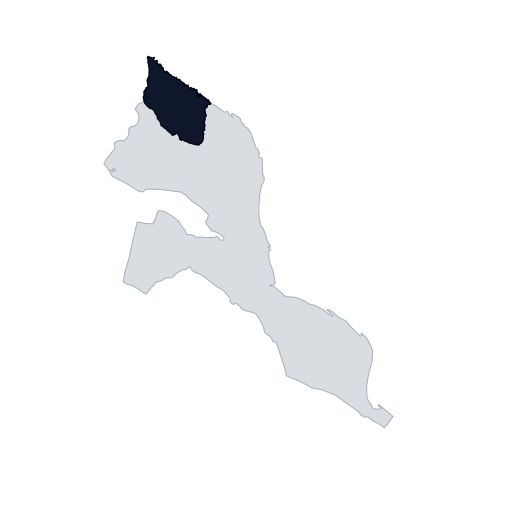 Mozambique, with Cabo Delgado highlighted, rotated 307°
{"feature_id": "MOZ-1198", "entity_name": "Cabo Delgado", "entity_type": "Province", "adm_level": 1, "iso_a3": "MOZ", "parent_name": "Mozambique", "parent_adm1": "", "projection": "equal_earth", "projection_center": [39.387, -12.31], "detail": "fine", "context": "in_parent", "style": "filled", "palette": "ink", "viewbox_px": 512, "rotation_deg": 307, "n_neighbors": 0, "source": "natural_earth", "source_scale": "10m", "svg_char_len": 9301}
<svg xmlns="http://www.w3.org/2000/svg" viewBox="0 0 512 512"><g transform="rotate(307 256 256)"><path d="M178.6,352.3L181.2,349.8L198.3,325.7L199.4,324.8L197.9,320.8L200.1,316.1L200.3,308.8L201.0,307.7L203.6,305.2L207.2,297.8L209.4,291.9L209.6,289.1L206.2,281.2L205.1,276.9L206.1,273.2L206.4,269.8L205.9,268.6L203.9,267.2L203.5,265.7L203.5,263.8L203.9,262.8L206.4,261.2L206.9,260.3L208.8,251.0L208.0,244.0L207.9,236.0L208.3,227.7L208.0,223.0L206.4,217.6L206.2,213.7L207.3,211.0L207.5,209.3L203.6,208.5L201.5,206.2L194.1,202.7L188.4,202.1L183.5,196.7L179.8,195.8L174.9,191.9L159.8,191.1L159.3,190.7L158.5,178.7L157.9,174.7L156.0,170.5L155.4,167.5L155.5,165.6L163.8,161.2L180.1,155.0L183.7,153.0L211.5,140.7L212.3,141.4L215.2,147.7L219.9,154.8L221.0,153.8L227.7,152.7L228.7,151.8L230.7,151.1L233.1,150.7L233.9,151.2L236.4,155.6L237.3,163.8L237.5,169.4L237.2,173.4L235.2,178.0L233.8,183.8L231.8,186.9L231.8,188.4L234.3,191.9L234.8,193.3L234.7,196.3L235.1,197.5L237.2,199.4L238.8,202.2L244.9,210.6L246.5,212.1L247.7,212.4L248.3,214.1L248.0,216.0L247.1,217.1L247.5,218.6L248.6,219.9L251.4,219.6L251.7,219.1L251.5,211.8L250.5,207.5L249.3,205.5L251.6,197.5L252.8,195.3L257.4,194.5L259.5,193.7L260.3,192.7L261.0,190.2L261.5,183.1L261.6,176.5L261.1,172.6L261.8,166.7L262.7,163.1L262.2,162.3L261.8,157.4L250.4,137.7L243.8,128.9L242.8,127.9L239.2,127.2L237.3,124.0L235.6,106.2L233.1,93.4L236.8,84.9L238.0,79.4L238.8,78.6L242.0,78.3L253.3,78.4L256.1,78.9L257.3,78.4L260.3,75.1L262.7,75.1L265.9,77.3L267.7,79.1L268.0,80.7L270.2,81.6L274.3,81.9L277.2,81.0L279.1,79.1L281.0,78.1L283.0,78.0L284.6,78.7L285.6,80.1L287.6,81.1L290.5,81.7L293.8,80.8L297.2,78.4L299.2,75.8L300.3,71.6L301.0,71.0L305.9,70.6L308.5,71.5L311.9,74.1L317.6,69.3L321.3,67.8L324.8,67.8L327.7,66.6L329.9,64.4L332.3,62.9L337.2,61.2L340.4,58.9L349.5,49.7L350.5,52.4L352.3,54.8L349.9,57.4L352.0,59.1L350.5,61.7L350.3,63.4L351.0,65.2L350.0,68.1L348.7,70.3L348.3,72.0L349.5,75.0L348.9,80.3L350.8,89.3L350.2,92.2L350.6,99.2L349.9,101.7L351.1,102.6L351.7,105.4L351.1,110.3L349.1,112.3L348.9,114.3L351.4,114.4L351.4,120.5L351.1,122.3L351.7,124.3L350.9,126.6L351.8,136.4L351.9,143.5L352.0,144.6L354.2,145.8L354.1,147.7L352.7,150.3L352.8,154.1L354.3,151.1L355.3,151.1L356.1,152.2L356.1,156.5L356.6,158.6L356.4,160.5L353.8,164.0L353.7,167.5L352.7,167.9L352.2,168.8L352.9,170.7L352.9,172.5L351.1,177.9L342.6,190.7L342.4,192.9L340.2,197.0L337.9,197.7L336.6,198.7L337.6,202.3L326.2,211.4L325.1,212.6L323.2,215.9L319.5,217.7L315.4,217.9L314.7,218.6L305.5,222.8L303.7,224.8L299.8,226.6L293.7,231.1L288.6,235.4L282.9,241.8L282.2,245.2L279.5,249.7L275.5,255.0L273.1,259.4L273.0,261.4L271.5,261.9L270.3,260.1L269.8,263.7L268.8,263.9L267.7,263.2L262.7,267.0L258.9,271.3L253.6,279.6L245.9,287.6L244.1,287.8L241.6,285.0L240.3,284.8L242.3,287.8L242.3,294.6L241.4,302.4L241.5,304.2L246.8,312.5L249.4,322.2L249.6,327.2L252.3,333.6L253.6,343.3L253.4,352.2L254.7,353.7L255.1,352.4L255.3,346.8L255.9,345.2L256.6,345.4L257.3,348.5L257.6,351.7L256.7,358.7L257.0,361.5L258.3,366.3L256.9,371.8L254.8,387.0L255.3,388.0L256.5,388.3L256.9,386.7L257.6,386.7L257.9,387.6L257.0,393.6L256.1,396.2L252.8,402.6L251.0,405.4L248.0,408.0L241.0,412.3L226.9,418.3L218.0,423.1L211.0,428.7L208.0,432.5L206.8,436.8L204.5,441.3L206.6,445.1L209.3,447.8L210.5,443.4L211.2,443.3L210.3,462.0L200.5,462.3L197.7,461.6L196.1,461.8L195.8,454.0L194.5,448.1L195.0,443.9L194.8,441.7L192.7,440.2L192.1,435.7L193.2,432.2L192.6,403.4L188.9,389.3L184.0,379.2L183.6,374.1L181.3,362.9L178.6,352.3ZM239.4,92.2L240.5,91.4L240.7,89.9L239.9,89.2L239.3,89.4L238.9,91.7L239.4,92.2ZM238.5,89.5L237.6,88.4L236.9,88.7L236.6,89.6L237.4,90.8L238.2,90.8L238.5,89.5Z" fill="#d9dde1" stroke="#a8b0b8" stroke-width="1"/><path d="M326.1,67.9L326.6,67.8L327.0,67.4L330.8,63.4L331.1,63.2L331.4,63.1L332.9,62.9L336.1,62.0L336.6,61.7L338.5,60.0L340.4,58.9L340.8,58.6L343.2,56.1L343.7,55.9L343.9,55.6L344.3,55.0L345.4,53.5L346.2,52.8L347.4,52.2L348.1,51.5L348.7,50.7L349.0,50.0L349.3,49.8L349.6,49.9L349.7,50.2L349.5,50.5L349.9,50.6L350.4,50.0L350.7,50.3L350.8,50.9L350.6,51.3L350.3,51.6L350.2,51.9L350.3,52.3L350.7,52.5L351.1,52.6L351.4,52.8L351.5,53.2L351.5,54.1L351.7,54.5L352.0,54.7L352.7,54.8L353.0,55.0L353.2,55.4L352.9,55.5L352.1,55.4L351.5,55.7L349.9,57.4L350.0,58.3L350.3,58.0L350.4,57.5L350.8,58.0L352.1,58.9L352.5,59.4L352.1,59.9L351.1,60.5L350.7,60.9L350.3,61.6L350.1,62.3L350.3,63.3L350.2,64.2L350.3,64.4L350.5,64.4L350.8,63.7L351.0,63.5L351.4,63.8L351.4,64.6L351.2,65.4L350.9,65.9L350.3,66.8L350.2,67.1L350.1,67.4L350.3,68.0L350.3,68.3L350.1,68.7L348.8,70.0L348.7,70.3L348.4,71.2L348.2,71.5L347.5,71.6L347.3,71.6L347.5,72.0L347.6,72.5L347.8,72.7L347.9,72.2L348.2,72.4L348.5,72.8L348.8,73.2L349.0,73.5L349.5,73.4L349.6,74.2L349.4,76.0L349.2,76.8L349.0,77.2L348.8,77.5L348.7,77.9L348.9,78.3L349.2,78.7L349.4,79.0L349.2,79.3L348.8,79.9L348.8,80.2L349.0,80.5L349.0,80.8L349.1,81.7L349.2,82.2L349.5,82.6L349.6,82.8L349.7,84.2L349.8,84.6L350.0,85.0L350.2,84.9L350.3,84.9L350.5,85.0L350.0,85.7L349.9,86.4L350.0,87.2L350.3,88.0L350.9,89.1L350.9,89.3L350.6,89.7L350.4,90.0L350.4,90.8L350.2,92.0L350.1,92.4L350.2,92.8L350.5,93.5L350.7,94.0L350.6,94.4L350.5,94.9L350.3,95.4L350.0,95.5L349.4,95.3L349.2,95.9L349.7,95.8L350.1,96.2L350.4,96.8L350.5,97.5L350.5,97.8L350.3,98.2L350.3,98.5L350.3,98.9L350.5,99.1L351.3,99.1L351.2,99.3L351.1,99.5L350.5,99.8L350.4,100.1L350.3,100.6L349.8,101.5L349.7,102.0L350.0,102.4L350.2,102.5L350.4,102.5L351.2,102.6L351.3,102.7L351.3,104.5L351.4,104.8L351.5,105.0L352.3,105.5L352.3,106.0L352.1,106.0L351.8,105.5L351.5,105.5L351.4,105.8L351.4,106.1L351.6,107.2L351.8,107.2L352.0,107.1L352.3,107.4L352.5,108.1L352.8,108.3L352.9,108.5L352.9,108.8L352.8,109.1L352.5,109.5L352.1,109.6L351.7,109.4L351.4,109.1L351.4,109.3L351.4,109.5L351.5,109.7L351.5,109.8L351.3,110.0L350.7,109.9L350.6,110.1L350.7,110.3L351.0,110.5L351.2,110.8L351.1,111.3L350.9,112.0L350.6,112.4L350.5,112.5L350.4,112.2L350.3,111.8L350.1,111.7L349.9,111.7L349.3,112.1L348.9,112.5L348.6,112.9L348.4,113.3L348.5,113.8L348.5,114.0L349.5,115.2L349.8,115.3L350.1,115.2L350.3,114.7L350.2,114.4L350.0,114.0L350.0,113.6L350.1,113.4L350.4,113.4L350.7,113.5L350.9,113.7L351.2,113.8L351.5,113.7L351.8,113.7L351.9,114.1L351.8,115.0L351.4,116.4L351.3,117.3L351.3,117.7L351.5,118.6L351.5,119.1L351.4,121.0L351.3,121.5L351.0,121.8L350.8,122.0L350.6,122.4L350.7,122.7L350.9,122.6L351.4,122.0L351.4,124.1L351.8,124.0L351.7,124.6L351.1,125.4L351.0,125.8L350.9,126.9L350.8,127.4L350.6,127.8L350.2,128.1L349.7,128.1L349.2,127.8L349.0,127.2L348.9,126.6L348.6,126.4L347.7,126.4L347.0,126.6L345.4,127.2L344.6,127.1L344.4,126.9L344.2,126.7L343.9,126.5L343.2,126.3L343.1,126.2L342.8,126.4L342.3,127.1L342.1,127.3L341.3,127.6L341.0,127.9L340.7,128.5L340.5,128.8L339.9,129.2L339.4,129.8L338.3,131.6L337.7,132.0L336.9,131.8L336.1,131.8L335.7,132.0L334.6,133.1L334.2,133.2L333.9,133.3L333.1,133.4L332.9,133.5L332.5,133.9L331.7,134.1L331.4,134.3L331.1,134.5L330.8,134.8L330.5,135.5L330.2,136.0L329.8,136.3L329.4,136.6L328.7,136.7L328.5,136.8L328.3,137.2L328.1,137.3L327.8,137.4L327.3,137.6L326.7,138.2L326.0,138.9L325.5,139.1L324.8,138.7L324.4,138.7L323.5,138.8L323.1,139.0L322.7,139.4L322.5,139.9L322.4,140.5L322.2,140.6L321.0,141.0L320.2,141.7L319.6,142.0L318.6,143.0L318.2,143.2L317.0,143.4L316.7,143.5L316.0,144.0L315.6,144.1L313.2,144.2L312.5,143.9L311.8,143.5L311.2,143.4L310.6,143.6L309.5,142.3L309.2,141.8L309.1,141.5L309.1,141.3L307.9,139.1L307.8,138.6L307.6,138.2L307.4,137.4L307.2,136.7L307.0,136.4L306.7,136.1L306.6,135.9L306.0,133.9L305.9,133.4L305.9,133.1L305.9,132.5L305.7,131.7L305.6,131.4L305.4,130.8L305.1,130.3L305.0,130.2L305.0,129.8L305.1,128.9L305.1,128.4L305.0,128.1L304.9,127.7L304.7,127.1L304.6,126.9L304.3,126.9L304.1,127.1L303.9,127.1L303.7,126.9L303.6,126.6L303.4,125.5L303.4,125.1L303.5,124.9L303.8,124.5L304.2,124.1L304.6,123.7L304.8,123.5L305.3,122.8L305.5,122.2L305.8,121.7L306.0,121.2L306.1,120.9L306.2,120.7L306.2,120.2L306.3,119.9L306.4,119.4L306.4,119.2L306.6,119.0L306.6,118.8L306.7,118.6L306.6,117.9L306.6,117.7L306.3,117.6L306.0,117.7L305.2,118.3L304.6,118.2L304.3,118.1L304.1,117.8L303.9,117.5L303.7,117.4L303.3,117.2L302.3,117.0L302.2,116.9L302.1,116.7L302.5,115.8L302.7,115.4L302.7,114.7L302.8,114.3L302.8,114.0L302.7,113.2L302.7,112.9L302.8,112.5L302.8,111.8L302.8,111.1L302.8,110.6L302.8,110.4L302.9,110.2L303.0,110.0L303.1,109.8L303.1,109.4L303.1,108.5L303.1,108.4L303.3,107.8L303.4,107.6L303.3,106.4L303.2,106.0L303.1,105.6L303.4,104.1L303.4,103.7L303.4,103.3L303.4,102.9L303.1,102.1L303.1,101.9L303.1,101.7L303.8,101.2L304.3,100.4L304.8,99.7L305.2,99.0L305.4,98.8L305.7,98.6L305.8,98.4L305.9,98.2L306.0,96.6L306.1,96.1L306.4,95.3L306.5,94.6L306.9,94.4L307.1,94.0L307.3,93.7L307.5,93.5L308.1,93.0L308.8,92.3L308.9,91.6L309.0,90.8L309.1,90.1L309.6,89.9L309.7,89.7L309.9,89.1L310.0,88.4L310.3,88.1L310.6,87.6L310.7,86.8L310.9,86.3L311.0,85.0L311.0,84.4L310.7,83.7L310.3,82.9L310.2,82.6L310.1,82.1L310.1,81.8L310.2,80.0L310.3,79.3L310.4,78.5L310.6,77.9L310.7,77.2L310.9,76.5L311.1,75.6L311.2,75.4L311.9,74.1L312.4,73.3L314.2,71.6L314.7,70.9L315.0,70.6L315.5,70.3L315.9,70.1L316.1,70.1L316.8,70.2L317.0,70.2L317.3,70.0L318.1,69.0L318.3,68.8L318.7,68.7L319.1,68.4L319.6,67.8L320.2,67.6L322.7,67.6L323.4,67.4L324.0,67.1L324.4,67.2L325.2,67.7L325.6,67.9L326.1,67.9Z" fill="#0f172a" stroke="#020617" stroke-width="1.5"/></g></svg>